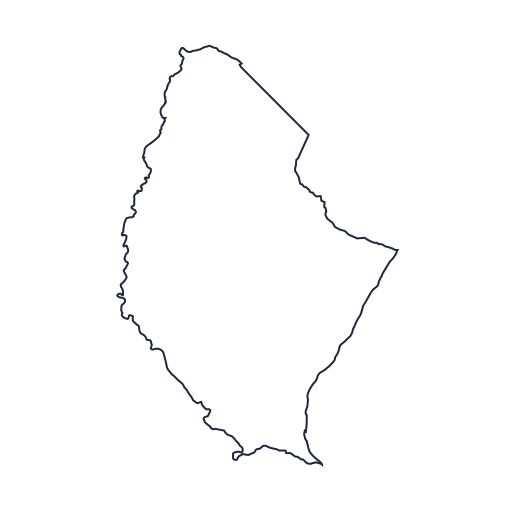 Chitaraque, Boyacá, Colombia (Albers equal-area conic projection), rotated 175°
{"feature_id": "7082276B54324378938324", "entity_name": "Chitaraque", "entity_type": "district", "adm_level": 2, "iso_a3": "COL", "parent_name": "Colombia", "parent_adm1": "Boyacá", "projection": "albers", "projection_center": [-73.416, 5.984], "detail": "fine", "context": "isolated", "style": "outline", "palette": "slate", "viewbox_px": 512, "rotation_deg": 175, "n_neighbors": 0, "source": "geoboundaries", "source_scale": "gbopen_adm2", "svg_char_len": 6055}
<svg xmlns="http://www.w3.org/2000/svg" viewBox="0 0 512 512"><g transform="rotate(175 256 256)"><path d="M321.4,95.0L320.8,94.1L316.2,89.7L315.9,88.5L314.2,87.2L312.2,87.2L311.7,87.4L303.0,84.9L301.9,82.7L300.7,81.2L299.4,80.2L296.0,78.7L295.0,77.8L293.1,75.3L292.4,74.1L289.6,70.7L288.7,68.6L287.5,67.5L286.6,66.4L286.1,65.0L286.2,63.5L286.5,62.6L286.9,61.8L287.8,61.6L290.3,62.6L291.1,62.7L293.7,62.4L295.8,61.6L296.1,60.9L296.5,56.5L296.1,55.8L295.3,55.1L294.0,54.6L293.3,54.6L292.5,55.1L291.1,57.5L290.3,58.1L287.9,59.2L286.1,59.7L284.9,59.6L282.7,58.7L280.6,58.5L277.5,59.7L275.9,60.0L274.9,60.4L273.3,62.6L272.7,63.1L271.8,63.5L270.0,63.6L268.7,63.9L265.6,66.2L264.4,66.3L262.9,66.1L258.6,63.7L251.9,61.5L249.8,60.1L245.6,59.9L244.1,59.6L243.4,59.3L243.3,57.3L242.4,56.9L239.0,56.7L234.4,52.8L233.4,52.5L232.1,52.4L228.8,49.5L226.9,49.2L223.3,45.1L219.6,44.1L218.0,44.8L216.4,44.7L214.4,45.3L209.5,43.4L208.4,42.3L208.4,42.9L210.1,45.3L213.5,48.5L215.9,51.1L217.8,53.4L219.7,56.5L220.4,59.2L221.5,66.2L221.3,66.5L222.9,69.6L223.6,74.3L222.7,77.4L222.0,76.6L221.7,76.4L220.2,84.0L219.3,92.6L219.4,93.2L220.0,94.0L220.2,95.6L219.9,97.4L218.0,101.6L216.8,107.6L216.8,109.5L217.1,111.5L216.8,113.0L215.7,115.7L214.0,118.7L210.8,123.0L207.4,126.3L205.7,129.2L204.8,131.7L202.3,134.2L198.0,136.2L192.5,140.0L188.4,143.6L186.9,145.3L186.4,146.4L186.2,147.6L185.2,149.3L183.9,150.8L182.7,152.8L181.5,155.6L180.7,158.3L179.9,159.6L179.3,160.2L174.4,163.6L172.7,165.2L169.2,167.8L167.1,170.9L165.9,174.3L163.1,179.1L162.3,180.9L159.7,184.8L157.3,187.9L156.2,190.1L153.6,197.0L150.3,201.4L145.4,208.7L143.0,211.6L142.0,212.6L138.3,215.0L136.9,216.5L135.9,219.7L134.0,223.1L132.3,225.4L131.8,226.9L123.3,238.6L120.3,241.2L117.1,244.9L116.3,246.0L115.2,248.5L114.4,249.6L116.6,249.8L120.0,251.9L121.3,252.3L122.9,253.2L126.1,254.2L129.7,256.8L133.0,257.2L133.9,258.5L136.8,258.8L139.8,260.2L143.5,262.5L146.2,264.7L153.6,264.7L161.7,269.1L165.3,273.2L170.2,275.0L174.7,278.0L176.7,282.2L181.8,287.0L183.1,290.4L183.1,292.4L182.1,294.4L182.5,297.7L183.7,298.7L183.6,300.7L182.9,303.6L186.0,305.4L186.4,310.0L190.8,310.1L193.2,312.7L193.7,314.1L195.7,314.6L196.9,315.5L197.1,317.1L198.9,318.9L200.1,320.1L202.0,320.7L203.8,323.2L205.7,324.2L206.6,330.9L208.5,335.4L209.7,337.4L209.3,340.3L208.2,343.3L208.1,344.9L207.4,348.3L205.6,349.6L193.0,372.0L254.3,445.3L255.6,447.9L253.6,449.0L256.0,451.9L258.1,453.6L262.9,455.8L268.0,460.0L269.2,460.3L272.3,462.4L275.1,463.6L276.0,464.5L276.6,466.0L277.0,466.3L280.7,467.6L283.4,469.2L284.2,469.4L289.7,468.4L293.9,466.6L295.6,466.5L297.3,466.0L300.8,465.9L302.9,465.1L304.0,465.0L306.1,465.4L307.6,466.4L310.2,469.3L311.2,469.7L312.1,469.5L314.5,465.8L314.5,464.1L314.2,463.5L313.3,463.1L313.1,461.7L311.7,461.0L310.9,459.6L311.1,458.7L311.6,457.7L312.2,457.2L313.1,453.9L314.6,452.4L314.7,451.7L314.0,449.7L313.9,448.7L314.7,447.7L317.3,445.6L321.3,444.0L323.0,442.4L324.7,442.5L325.6,442.2L326.3,441.1L326.7,440.2L326.3,439.7L326.1,438.9L326.6,437.2L328.3,435.1L329.2,433.4L329.9,431.4L331.0,429.0L332.2,427.8L332.7,426.4L333.0,425.0L333.0,422.7L332.4,422.0L332.9,421.0L332.4,418.0L333.1,417.3L332.6,416.8L332.7,416.5L337.4,411.4L338.1,410.3L338.3,409.5L338.6,407.4L338.4,406.0L338.0,404.4L337.1,402.3L336.7,401.8L334.2,401.4L335.3,400.0L335.0,398.3L336.1,397.4L336.8,395.6L338.3,394.1L338.8,393.3L339.2,390.6L340.6,389.5L340.7,389.2L340.2,387.0L341.6,385.1L342.3,383.7L344.6,381.8L349.1,378.7L354.9,375.3L356.4,374.0L357.4,372.5L357.8,371.5L358.2,369.0L359.9,365.0L359.9,363.9L359.2,364.1L358.7,364.0L359.2,363.1L359.3,361.6L357.4,357.7L356.5,354.7L355.8,353.6L353.6,352.3L353.1,351.6L353.5,349.1L354.8,346.8L355.8,345.9L355.7,344.3L355.9,343.6L356.6,343.2L357.5,343.4L358.5,343.9L359.7,343.5L360.0,342.6L359.6,342.1L359.0,341.9L358.6,341.2L358.5,340.3L358.7,339.2L360.2,338.1L361.9,337.6L363.4,336.7L364.6,335.7L364.7,334.9L363.8,333.8L363.7,333.1L364.5,330.9L365.3,330.7L367.5,331.3L368.5,331.3L368.6,330.9L368.0,329.4L369.9,328.8L371.5,327.6L372.3,325.6L372.2,323.0L372.7,320.4L372.7,318.4L373.0,317.5L374.1,316.4L375.5,316.1L375.8,315.0L375.6,314.5L374.8,313.7L372.4,312.0L371.8,310.6L372.0,309.7L373.1,308.4L373.9,307.9L374.3,307.4L374.3,306.3L375.1,305.7L375.9,305.5L379.5,305.4L381.3,304.9L382.2,304.3L384.2,300.4L385.7,294.6L386.1,291.8L387.2,290.7L387.8,289.0L387.6,288.3L387.1,288.1L386.7,288.6L386.2,288.6L383.9,287.9L383.3,287.3L383.5,285.3L384.1,283.7L385.2,281.4L386.9,278.8L387.1,277.2L386.7,277.0L384.9,277.6L384.1,277.5L383.8,277.2L383.6,275.9L383.1,274.7L382.8,273.1L383.3,271.2L383.9,270.3L385.5,269.1L387.2,265.1L387.2,264.2L386.5,262.4L385.9,261.7L384.9,261.3L384.3,260.6L384.2,260.1L384.6,259.0L386.7,255.6L389.0,253.4L389.0,252.6L388.8,251.9L386.8,247.1L386.7,246.4L387.1,245.4L388.7,243.1L391.6,240.5L392.8,239.9L393.3,238.9L393.1,237.0L392.0,234.8L391.6,232.9L391.7,231.8L391.6,230.7L391.9,228.8L392.2,228.5L392.7,228.6L394.3,230.3L394.8,230.4L397.3,229.6L397.6,229.1L397.3,227.9L396.5,227.3L395.4,226.7L393.0,226.0L391.2,225.2L390.7,224.6L390.3,223.1L390.6,221.7L391.2,220.9L394.2,218.5L395.0,213.8L394.5,211.7L394.0,210.8L394.7,209.6L394.8,208.4L394.4,207.6L393.3,206.3L389.7,204.5L389.1,204.6L388.7,205.1L388.1,206.3L387.7,207.6L387.3,208.0L386.5,208.0L385.5,207.5L384.2,206.9L383.8,206.5L383.8,206.2L384.3,204.6L384.3,202.2L383.6,201.0L382.2,199.8L380.8,198.0L379.1,196.9L378.7,195.4L378.7,192.8L378.3,190.4L377.3,188.8L374.5,186.9L373.6,185.8L373.0,184.8L372.4,182.7L371.8,181.9L369.3,181.5L368.2,180.4L368.1,178.7L367.5,176.9L368.5,174.0L368.8,173.6L368.8,172.9L367.8,172.0L367.4,171.8L362.9,172.4L360.2,171.6L358.9,170.8L357.7,169.5L356.9,168.3L356.3,165.7L355.0,157.8L354.4,152.8L353.6,150.6L350.4,145.8L347.7,143.1L345.5,140.3L340.6,135.3L339.6,133.5L339.0,131.7L336.9,128.9L334.5,124.2L332.8,121.6L331.1,117.7L328.4,115.2L326.8,114.5L323.3,115.4L322.7,112.6L321.3,110.3L319.6,108.3L319.0,107.7L316.0,107.4L315.1,106.6L315.0,106.1L315.2,105.4L317.7,101.0L318.0,100.7L321.2,99.9L322.4,98.7L322.3,97.7L321.6,96.0L321.4,95.0Z" fill="none" stroke="#1e293b" stroke-width="2"/></g></svg>